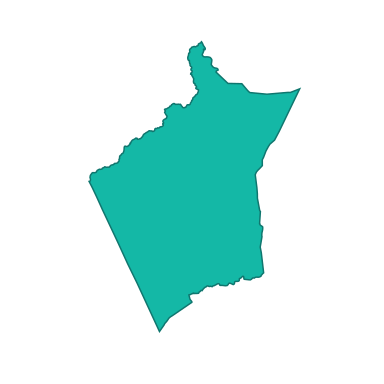 Massangena, Gaza, Mozambique, rotated 295°
{"feature_id": "85939544B81330952052148", "entity_name": "Massangena", "entity_type": "district", "adm_level": 2, "iso_a3": "MOZ", "parent_name": "Mozambique", "parent_adm1": "Gaza", "projection": "robinson", "projection_center": [32.695, -21.744], "detail": "fine", "context": "isolated", "style": "filled", "palette": "teal", "viewbox_px": 384, "rotation_deg": 295, "n_neighbors": 0, "source": "geoboundaries", "source_scale": "gbopen_adm2", "svg_char_len": 6082}
<svg xmlns="http://www.w3.org/2000/svg" viewBox="0 0 384 384"><g transform="rotate(295 192 192)"><path d="M149.0,291.1L166.2,280.5L170.9,277.1L181.1,274.3L181.4,274.0L182.8,273.3L184.6,272.6L185.8,272.4L187.5,272.0L189.4,271.3L190.4,270.6L190.8,268.1L191.2,267.4L191.4,267.1L191.9,266.9L191.9,266.6L203.3,262.2L203.8,261.2L214.0,253.9L218.0,252.0L223.3,249.0L234.4,242.0L235.3,242.0L236.3,241.9L237.7,242.0L239.8,242.6L241.6,243.3L245.6,244.6L250.9,242.1L251.4,242.1L253.6,242.2L260.4,241.7L265.4,242.0L268.3,242.4L273.9,244.9L283.9,245.4L331.0,246.0L323.8,239.1L322.6,236.5L312.3,218.6L306.6,202.5L306.6,202.1L307.4,199.7L311.2,191.4L305.6,178.7L310.8,163.2L311.4,163.0L311.9,162.9L312.5,163.3L313.4,164.1L314.1,163.8L314.4,163.3L314.6,162.5L314.5,161.8L314.1,160.3L314.0,159.0L314.4,157.7L315.2,156.2L315.7,155.6L316.2,155.4L317.0,155.2L319.3,154.5L320.2,154.1L320.8,153.4L321.5,152.0L321.6,151.3L321.3,149.8L320.8,148.4L320.1,147.1L319.7,146.0L319.6,145.5L319.7,145.0L319.9,144.4L320.3,143.7L320.5,143.4L321.0,143.2L324.3,143.1L325.2,142.8L325.8,142.3L326.1,142.1L326.3,142.1L326.4,142.3L326.2,143.3L326.5,143.6L327.0,143.6L327.6,143.4L328.2,142.8L329.6,140.4L331.3,138.5L332.2,137.1L331.6,136.9L331.2,137.1L330.8,136.9L329.7,135.8L328.8,135.3L328.3,135.3L327.7,135.6L326.9,135.4L326.3,134.6L325.4,134.1L325.0,133.7L324.9,133.4L324.9,132.6L324.7,132.3L324.1,131.6L323.4,131.0L323.0,130.5L321.7,130.4L320.5,129.7L319.7,129.8L318.6,130.4L318.3,130.7L318.0,130.9L317.0,130.9L316.6,130.5L316.3,130.4L314.4,131.0L312.6,131.2L311.7,131.5L310.6,132.2L309.8,133.2L309.8,133.5L310.1,133.9L310.0,134.1L309.5,134.3L307.8,135.3L307.2,136.2L306.2,136.5L305.7,137.1L305.4,137.6L305.2,138.7L304.9,139.0L304.0,139.4L303.3,139.1L302.5,139.3L302.2,139.5L302.0,140.0L301.9,140.7L301.6,141.0L301.2,141.2L300.0,141.3L299.8,141.2L299.5,140.8L299.3,140.8L298.7,140.8L298.2,141.0L298.2,141.3L298.4,141.7L298.4,142.1L298.1,142.4L297.5,142.6L297.3,142.9L296.7,144.0L296.1,144.6L295.4,145.7L292.5,146.7L292.1,147.0L291.4,147.7L291.4,148.0L291.5,148.3L291.4,148.7L291.2,149.1L290.4,149.4L290.2,149.6L290.1,150.5L289.1,151.8L288.9,151.8L287.9,151.5L287.6,151.6L287.4,151.9L287.3,152.7L287.4,154.3L287.3,154.7L285.4,155.3L283.4,155.3L282.9,155.3L282.4,155.1L281.9,154.5L281.5,154.4L280.2,154.1L279.7,154.2L279.0,153.7L277.8,153.1L277.3,153.1L276.6,153.5L276.3,153.5L275.7,153.3L275.3,153.4L274.7,153.1L274.4,153.1L274.0,153.3L273.2,153.3L271.8,153.0L271.1,153.2L270.8,153.2L270.2,153.0L269.7,152.4L269.6,151.9L269.0,150.9L268.5,150.7L267.6,150.7L267.2,150.6L266.3,150.6L266.0,150.1L265.8,149.9L265.4,149.8L264.7,148.5L264.7,148.0L264.8,147.7L265.3,146.9L265.7,145.9L266.4,145.0L266.6,144.4L266.5,144.1L266.0,143.5L265.9,142.6L265.3,141.8L265.2,141.3L264.5,140.3L264.4,139.5L264.7,139.1L264.7,138.8L264.5,138.1L263.8,137.4L263.2,137.2L262.5,136.6L261.4,136.6L261.1,136.4L260.8,136.3L260.6,135.8L260.4,135.7L259.2,135.6L257.8,134.5L256.6,133.8L256.0,132.8L255.6,132.4L255.3,132.3L254.9,132.4L254.4,133.4L254.0,133.7L252.9,133.5L252.7,133.5L251.5,135.1L250.7,136.3L250.5,136.9L250.1,137.3L249.6,137.6L249.1,137.4L247.9,137.7L247.5,137.3L247.0,137.1L246.3,136.3L244.7,135.6L243.9,135.7L243.4,136.0L243.2,136.4L242.6,137.1L242.3,137.1L241.8,136.7L241.3,136.7L241.1,136.8L240.8,137.5L240.3,137.8L239.6,137.7L239.0,137.5L237.9,136.3L237.7,135.8L237.6,135.6L236.8,135.4L236.3,135.1L235.8,134.5L235.6,133.7L234.7,133.3L234.5,133.1L234.3,132.2L233.4,131.7L232.3,132.1L231.8,132.1L230.8,131.5L230.4,131.1L230.1,130.5L230.4,130.2L230.4,129.8L229.9,128.9L229.6,127.7L229.3,127.2L227.6,126.3L226.5,125.4L225.3,124.8L224.4,124.1L223.0,123.7L222.5,123.8L221.4,123.7L219.4,123.1L218.3,122.5L218.0,121.9L217.4,121.5L216.8,120.6L216.8,120.1L217.4,119.7L217.2,119.2L217.3,118.7L217.2,118.4L215.4,117.4L214.8,116.8L213.9,116.1L212.1,115.6L211.1,115.7L210.7,115.7L210.4,115.3L210.2,115.3L209.9,115.6L209.6,115.3L209.2,115.5L208.8,115.6L207.6,115.0L207.2,114.7L206.2,114.5L205.7,113.7L205.4,112.8L205.4,112.3L205.2,111.9L204.8,111.6L204.7,111.6L203.8,111.7L201.0,112.8L198.7,113.1L198.2,113.1L196.9,112.2L195.4,112.0L195.1,111.7L194.5,111.6L194.0,111.3L192.5,111.8L191.9,112.2L191.4,112.2L190.9,112.0L190.6,112.1L189.4,112.8L188.7,112.7L188.3,112.4L187.5,112.5L187.2,112.4L186.0,111.3L185.2,109.8L184.9,109.6L184.4,109.6L184.0,109.3L183.6,109.2L182.2,107.4L181.3,106.9L180.0,106.7L179.7,106.6L179.4,106.0L179.0,105.5L178.7,104.7L178.2,104.0L178.1,103.6L178.1,102.8L177.9,102.2L177.7,102.1L177.0,101.9L175.9,100.8L175.7,100.7L175.0,100.7L174.7,100.6L173.8,99.4L173.5,98.4L171.6,97.0L170.1,96.8L169.7,96.9L169.2,96.7L168.5,95.8L168.1,95.2L167.7,94.0L167.2,93.5L166.7,93.3L164.4,92.9L163.9,92.9L162.1,93.4L160.8,94.5L160.1,94.9L158.2,94.9L158.0,94.4L153.8,99.8L147.5,107.4L137.8,118.7L115.0,146.1L99.6,164.2L86.1,180.9L51.8,221.5L59.8,222.9L61.3,222.9L62.8,223.4L64.7,223.9L67.4,224.3L68.5,224.6L70.2,225.5L71.2,226.2L90.8,237.8L91.7,238.4L92.1,238.5L92.3,238.4L92.6,238.1L93.8,235.7L94.2,235.3L97.4,232.7L98.1,233.4L98.4,234.0L99.5,234.6L100.0,235.3L100.3,235.9L100.5,235.9L100.8,235.8L101.0,236.1L101.1,236.4L101.0,237.1L101.1,237.3L101.5,237.7L101.6,238.3L102.8,240.5L103.0,240.7L103.3,240.8L104.2,240.8L104.6,240.9L105.2,241.4L106.5,241.7L106.8,242.0L106.8,242.8L108.9,243.2L110.8,243.9L111.3,244.2L112.0,244.9L112.7,245.1L113.3,245.6L113.6,246.2L113.6,247.5L114.0,248.2L114.5,248.7L114.6,249.7L114.7,250.3L115.0,250.5L116.0,250.8L116.4,251.6L118.2,253.0L119.4,253.8L120.0,254.5L120.2,255.3L119.8,256.2L119.3,256.6L119.3,257.0L120.1,258.7L121.1,261.8L122.0,263.3L123.1,263.8L124.7,264.0L125.1,264.3L125.3,264.6L125.5,265.6L125.5,268.4L125.8,268.8L126.4,269.1L127.2,269.1L128.4,268.7L129.0,268.9L129.4,269.3L130.1,270.8L130.6,271.5L130.9,271.9L131.2,272.1L131.9,272.2L133.5,271.6L135.2,272.9L136.0,273.1L137.0,273.6L137.2,273.9L137.2,274.4L136.5,275.0L135.2,275.8L135.0,276.3L136.4,280.4L137.0,282.0L138.1,282.8L139.4,283.2L139.7,283.4L139.9,283.7L140.4,284.9L141.3,285.4L141.9,286.0L142.9,288.3L143.6,289.2L144.1,289.6L144.8,290.1L145.6,290.0L147.9,290.6L149.0,291.1Z" fill="#14b8a6" stroke="#0f766e" stroke-width="1.5"/></g></svg>